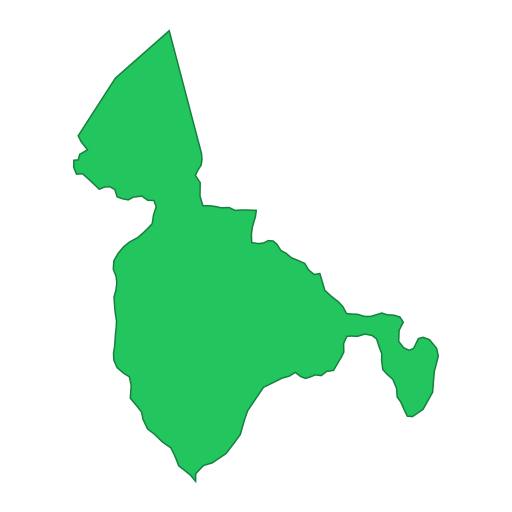 the district of Tavares, Paraíba, Brazil
{"feature_id": "56859067B5341311253148", "entity_name": "Tavares", "entity_type": "district", "adm_level": 2, "iso_a3": "BRA", "parent_name": "Brazil", "parent_adm1": "Paraíba", "projection": "equal_earth", "projection_center": [-37.87, -7.587], "detail": "fine", "context": "isolated", "style": "filled", "palette": "green", "viewbox_px": 512, "rotation_deg": 0, "n_neighbors": 0, "source": "geoboundaries", "source_scale": "gbopen_adm2", "svg_char_len": 2193}
<svg xmlns="http://www.w3.org/2000/svg" viewBox="0 0 512 512"><path d="M169.2,30.7L115.4,78.1L78.2,135.8L81.2,141.8L87.5,149.8L79.7,154.3L78.2,159.9L73.9,160.2L73.7,167.4L76.5,174.1L82.6,173.8L86.8,177.5L92.4,182.7L99.3,189.2L104.7,187.0L109.8,186.7L114.9,189.6L117.1,196.8L122.2,198.7L128.3,199.9L133.4,197.1L141.8,196.1L147.8,200.3L153.9,200.5L156.2,206.7L153.5,215.0L152.2,223.7L147.1,229.1L143.1,232.9L137.7,237.6L133.2,240.0L129.0,242.4L123.6,246.8L118.3,253.1L113.8,260.9L113.3,269.2L116.2,276.7L116.8,283.3L115.9,290.2L114.0,297.0L114.5,304.7L115.2,312.7L116.5,320.9L116.2,327.5L115.4,335.1L114.5,347.2L113.5,353.1L113.8,360.1L117.1,367.6L123.7,373.3L129.4,376.8L131.2,385.7L130.3,398.2L136.1,405.1L141.5,411.9L143.1,419.4L147.5,428.9L154.8,434.5L161.9,441.5L167.0,445.2L170.8,447.8L173.8,453.6L176.1,458.9L178.7,465.8L183.2,469.3L190.7,475.4L195.6,481.3L195.7,473.7L203.5,465.5L212.2,462.9L226.1,453.5L234.3,442.8L240.2,434.7L244.9,418.5L247.8,410.5L263.5,387.3L282.2,378.1L289.1,376.2L295.4,372.4L300.6,376.5L305.4,378.4L309.8,377.1L315.4,374.9L321.3,375.6L326.7,371.4L333.5,370.4L337.0,364.4L340.9,357.9L343.8,352.2L343.6,343.6L346.8,336.4L351.7,336.0L357.2,336.4L364.9,334.1L371.9,335.4L376.6,338.9L379.0,346.4L381.8,353.8L381.6,360.3L382.8,369.6L387.0,374.2L392.8,379.3L396.6,388.4L397.2,397.0L400.8,402.1L403.6,408.5L407.3,416.2L412.5,416.6L423.1,409.3L432.6,392.3L434.3,371.4L436.1,364.8L438.3,356.0L436.6,348.3L429.4,339.6L423.1,337.3L418.4,338.6L413.6,348.4L409.2,350.3L403.6,347.7L398.7,341.4L399.1,330.3L403.3,322.2L399.9,317.0L394.0,315.2L387.2,314.8L381.8,313.0L376.6,314.6L371.0,316.4L364.4,316.4L357.6,314.3L351.5,314.0L346.6,313.6L342.8,306.5L338.6,302.0L331.2,296.2L324.8,290.3L322.7,283.1L319.8,273.5L314.1,274.5L308.7,270.0L304.7,263.4L297.6,260.3L291.3,257.7L286.1,253.3L280.9,250.5L277.0,244.4L273.2,241.0L268.3,240.6L263.6,243.0L258.4,243.6L251.7,242.6L251.4,234.4L252.4,226.9L255.4,216.8L256.3,210.4L246.3,210.0L241.3,210.0L235.0,210.4L229.1,207.5L221.2,207.8L215.9,206.6L211.1,205.9L202.9,205.7L200.0,196.2L200.2,182.7L195.4,175.4L197.8,170.3L201.1,165.2L202.0,159.6L201.5,153.5L198.1,140.6L169.2,30.7Z" fill="#22c55e" stroke="#15803d" stroke-width="1.5"/></svg>